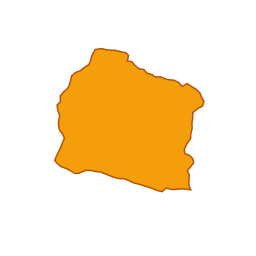 the district of Aperibé, Rio de Janeiro, Brazil, rotated 61°
{"feature_id": "56859067B41541405954438", "entity_name": "Aperibé", "entity_type": "district", "adm_level": 2, "iso_a3": "BRA", "parent_name": "Brazil", "parent_adm1": "Rio de Janeiro", "projection": "equal_earth", "projection_center": [-42.132, -21.653], "detail": "fine", "context": "isolated", "style": "filled", "palette": "amber", "viewbox_px": 256, "rotation_deg": 61, "n_neighbors": 0, "source": "geoboundaries", "source_scale": "gbopen_adm2", "svg_char_len": 1283}
<svg xmlns="http://www.w3.org/2000/svg" viewBox="0 0 256 256"><g transform="rotate(61 128 128)"><path d="M141.6,48.7L136.6,48.7L132.4,48.1L127.5,49.5L121.5,52.9L117.7,54.9L117.9,60.4L112.8,61.6L108.4,64.8L104.5,70.3L98.8,75.0L96.6,79.5L92.9,81.1L89.2,84.8L84.8,85.7L81.2,89.9L76.1,91.7L71.9,92.4L69.1,96.1L64.9,92.4L61.1,93.4L58.2,96.9L54.0,101.4L49.5,108.5L45.6,112.8L43.5,118.6L47.3,124.7L51.0,128.1L53.5,131.3L53.9,136.8L54.8,142.0L54.0,147.2L55.2,152.2L58.5,155.0L61.9,158.4L64.2,161.8L65.2,166.9L67.3,171.8L72.1,174.2L73.6,179.0L78.5,180.8L83.9,181.7L89.6,186.3L94.6,188.5L97.9,188.8L101.8,188.1L106.2,188.6L109.0,192.3L112.5,196.5L117.2,203.3L120.8,207.9L125.7,206.9L129.7,205.0L133.2,201.9L137.5,199.0L142.0,196.5L143.8,192.8L144.5,185.6L147.4,180.7L150.0,177.8L153.3,173.2L157.8,169.6L161.7,166.4L165.8,162.8L168.3,159.9L170.3,156.2L174.0,153.1L179.1,149.4L182.9,145.1L186.3,142.1L189.5,139.0L192.8,135.9L196.3,133.3L200.2,129.1L199.1,123.5L203.3,119.2L206.4,112.3L209.2,107.4L212.5,103.1L208.7,102.8L204.5,100.9L198.9,97.2L194.2,96.9L192.5,92.7L190.3,87.4L186.1,86.2L181.7,87.6L177.8,90.7L173.8,89.0L170.4,84.2L167.6,78.4L163.8,76.1L159.3,72.0L154.8,69.8L150.8,66.7L145.9,63.8L144.9,58.3L144.9,52.1L141.6,48.7Z" fill="#f59e0b" stroke="#b45309" stroke-width="1.5"/></g></svg>